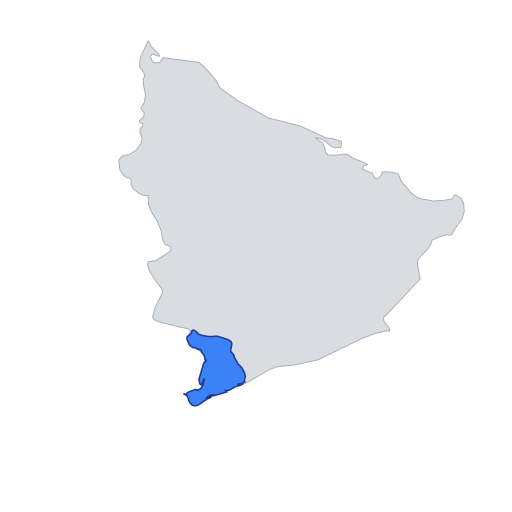 where Chinandega sits in Nicaragua, rotated 291°
{"feature_id": "NIC-663", "entity_name": "Chinandega", "entity_type": "Department", "adm_level": 1, "iso_a3": "NIC", "parent_name": "Nicaragua", "parent_adm1": "", "projection": "natural_earth1", "projection_center": [-87.139, 12.876], "detail": "fine", "context": "in_parent", "style": "filled", "palette": "blue", "viewbox_px": 512, "rotation_deg": 291, "n_neighbors": 0, "source": "natural_earth", "source_scale": "10m", "svg_char_len": 4071}
<svg xmlns="http://www.w3.org/2000/svg" viewBox="0 0 512 512"><g transform="rotate(291 256 256)"><path d="M418.1,78.2L416.1,81.2L413.9,83.3L409.4,93.3L407.8,94.2L407.4,86.8L404.7,85.8L401.5,88.4L399.8,92.2L402.6,97.2L405.0,97.3L408.0,98.6L416.2,132.9L414.5,139.1L409.6,148.6L404.9,156.7L400.2,161.8L394.4,183.4L389.3,218.5L393.2,250.0L391.4,279.2L393.1,286.0L393.6,294.6L389.7,296.2L387.5,295.9L385.3,290.6L385.5,286.0L387.8,280.6L388.7,273.2L387.6,269.4L385.4,277.8L381.3,281.5L378.7,282.8L376.1,287.1L378.9,295.0L382.4,300.9L383.6,305.1L382.3,310.1L381.6,327.1L380.3,326.6L379.0,324.3L375.3,324.2L374.9,331.0L375.2,334.9L372.1,337.8L371.0,340.8L373.5,342.9L376.4,344.1L379.9,343.8L382.8,352.3L383.7,359.1L377.1,365.5L374.8,370.7L371.0,377.1L368.9,383.3L368.3,387.8L370.9,402.0L375.6,412.1L379.5,418.5L384.6,419.9L383.4,426.6L379.6,430.9L372.5,434.4L364.7,435.1L352.0,431.7L346.8,431.3L344.8,429.5L344.2,426.2L340.5,421.2L333.8,414.6L330.0,415.1L323.7,413.6L313.3,409.1L308.5,408.6L301.5,412.4L293.5,417.5L274.1,409.6L260.5,404.0L248.2,399.0L244.9,397.1L242.3,397.5L240.0,400.1L237.3,404.8L236.4,406.1L235.0,407.4L233.4,407.7L233.4,405.5L227.4,396.3L217.8,385.2L181.3,351.1L167.9,330.7L160.7,316.0L153.9,308.4L134.2,292.7L129.6,286.5L110.1,265.6L95.3,253.4L95.1,248.2L101.2,241.7L104.2,242.0L107.4,246.6L112.7,251.9L115.2,252.0L118.9,249.5L119.0,247.0L138.9,246.0L142.5,244.7L146.1,240.8L147.9,235.5L148.2,230.3L149.0,226.6L152.2,223.0L158.0,221.9L162.6,221.5L163.9,219.0L162.5,211.2L160.1,192.0L159.6,186.7L160.4,182.7L162.2,181.3L171.1,180.3L187.8,181.9L191.0,180.7L197.7,169.9L203.9,161.9L208.4,158.3L211.9,157.3L215.9,164.3L230.1,174.5L232.5,173.9L233.9,173.3L234.3,171.9L234.1,167.2L237.6,162.9L244.9,159.1L252.2,152.3L259.6,142.7L266.0,137.0L271.4,135.3L273.5,132.7L272.2,129.1L272.6,124.0L274.8,117.4L277.9,113.6L282.1,112.6L283.7,110.5L282.8,107.4L283.6,104.0L287.3,98.3L296.3,93.5L301.4,95.2L305.6,101.6L311.6,106.0L319.4,108.3L325.4,107.5L329.7,103.4L333.5,102.2L337.0,103.8L338.8,102.9L339.0,99.5L340.7,98.7L344.1,100.6L347.1,101.0L349.7,100.1L350.7,98.5L351.2,96.8L353.1,95.5L359.8,96.8L367.3,94.8L375.6,89.6L381.2,87.3L383.9,87.9L387.2,85.3L390.9,79.5L399.6,76.9L418.1,78.2Z" fill="#d9dde1" stroke="#a8b0b8" stroke-width="1"/><path d="M161.1,223.4L161.8,223.2L162.3,222.8L163.8,223.3L164.2,223.6L164.4,224.3L164.5,225.0L164.4,225.5L164.3,225.9L164.2,226.1L163.6,228.5L162.8,229.3L162.6,230.1L162.4,232.8L163.2,237.7L163.9,240.6L165.4,244.6L166.4,246.4L167.3,248.7L167.9,258.9L167.7,261.5L166.8,263.9L165.5,264.8L165.0,265.0L164.0,265.3L158.8,266.1L158.0,266.6L157.5,267.2L156.5,269.4L155.1,271.3L153.7,272.0L152.0,274.2L150.1,276.4L148.7,278.0L148.5,278.5L147.9,280.2L146.5,282.8L142.7,287.3L142.1,287.7L140.8,288.5L139.6,289.2L136.1,289.6L134.5,290.7L134.3,290.5L133.4,289.7L132.4,289.4L131.8,288.8L130.2,285.3L129.8,285.3L130.5,288.4L129.3,287.2L127.4,284.5L126.1,283.0L125.2,282.6L120.7,278.6L120.1,277.9L119.8,277.0L119.4,275.6L119.2,276.0L118.6,276.8L118.4,277.2L110.5,266.8L109.6,264.6L109.9,265.0L110.2,265.2L111.0,265.7L111.0,265.2L110.7,265.1L110.1,264.6L110.1,264.1L109.9,263.2L108.7,262.1L107.1,261.1L105.6,260.6L105.6,261.2L107.5,262.6L108.5,263.7L108.6,264.6L107.8,264.5L106.8,263.5L105.2,261.8L96.8,256.0L95.0,254.2L94.0,252.2L93.9,249.7L95.3,246.8L97.3,244.8L99.4,243.3L100.9,241.4L101.3,238.2L101.7,238.2L101.5,240.0L101.3,240.5L102.1,240.5L103.0,240.6L103.9,240.9L104.2,241.3L104.5,241.6L106.4,243.4L106.8,243.7L108.1,245.7L108.4,245.9L109.4,246.6L109.6,246.8L109.6,247.3L109.5,248.6L109.6,249.1L111.9,251.8L115.0,252.6L122.4,252.1L122.4,251.4L118.6,251.5L116.8,251.3L116.0,250.5L116.7,249.2L120.1,247.2L120.6,246.9L137.1,245.6L138.1,245.8L139.8,246.9L140.6,247.0L141.0,245.6L142.5,244.8L144.4,243.5L145.2,242.5L146.8,239.5L147.3,239.1L148.3,238.5L148.7,238.1L148.9,237.2L148.6,236.9L148.2,236.7L148.0,236.2L148.6,231.8L148.5,231.6L147.9,230.2L147.8,229.8L147.9,229.5L148.5,227.2L149.0,226.0L149.5,225.2L153.0,221.8L153.9,221.1L155.1,220.7L156.3,220.8L160.5,223.2L161.1,223.4Z" fill="#3b82f6" stroke="#1e3a8a" stroke-width="1.5"/></g></svg>